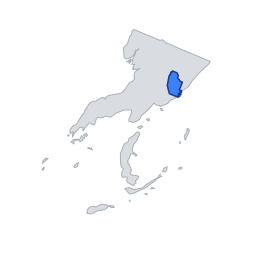 Angoram District, East Sepik, Papua New Guinea (highlighted), rotated 113°
{"feature_id": "67681753B97300353445922", "entity_name": "Angoram District", "entity_type": "district", "adm_level": 2, "iso_a3": "PNG", "parent_name": "Papua New Guinea", "parent_adm1": "East Sepik", "projection": "orthographic", "projection_center": [143.956, -4.467], "detail": "fine", "context": "in_parent", "style": "filled", "palette": "blue", "viewbox_px": 256, "rotation_deg": 113, "n_neighbors": 0, "source": "geoboundaries", "source_scale": "gbopen_adm2", "svg_char_len": 6029}
<svg xmlns="http://www.w3.org/2000/svg" viewBox="0 0 256 256"><g transform="rotate(113 128 128)"><path d="M35.0,160.9L34.8,132.9L33.4,130.8L34.8,125.8L34.6,78.4L37.2,78.6L50.3,84.3L59.1,87.3L66.7,88.7L73.8,93.5L79.0,93.7L86.7,100.4L89.8,100.9L95.3,106.4L95.6,110.9L95.0,113.8L103.3,116.5L111.2,120.4L115.5,120.8L117.9,122.2L120.9,125.5L121.4,129.9L119.7,130.6L112.2,130.6L110.1,132.0L113.1,138.9L119.7,145.3L124.8,148.2L126.2,153.9L128.7,155.7L130.3,160.2L132.9,160.7L138.0,160.0L138.8,161.9L138.0,164.8L138.7,165.9L148.0,168.4L144.9,169.9L146.2,172.5L152.3,174.8L156.0,175.6L158.3,175.4L155.6,176.7L153.3,176.3L152.8,176.7L153.8,177.8L155.7,178.9L153.6,180.4L151.6,180.6L147.9,179.6L144.7,176.8L134.5,175.5L131.0,174.2L128.2,174.6L120.0,173.0L117.3,171.0L115.6,168.0L110.7,164.4L109.6,162.6L110.1,160.2L108.7,160.6L105.9,158.8L98.5,147.7L94.7,146.1L85.2,144.2L83.8,142.0L79.3,141.2L78.4,142.6L74.7,143.6L71.6,142.6L68.6,139.9L72.2,146.0L70.9,146.0L71.5,146.9L70.8,147.1L66.9,146.7L68.1,149.2L61.6,150.7L56.7,150.2L54.4,150.8L53.4,150.7L52.2,148.8L50.4,149.2L51.9,149.2L53.8,151.4L57.8,151.1L61.8,152.7L65.1,156.4L65.0,158.9L56.0,163.5L50.7,161.5L43.1,162.1L40.4,161.3L37.0,162.2L35.0,160.9ZM171.6,99.2L173.5,100.5L175.4,99.2L179.0,100.9L178.2,107.0L177.0,108.7L174.0,109.2L173.6,110.1L175.5,113.7L174.7,115.0L172.0,116.3L167.6,116.1L166.4,118.6L164.0,120.8L154.5,125.0L144.1,125.3L140.8,122.6L137.2,123.0L132.5,119.8L128.5,118.5L127.7,117.3L127.8,115.7L128.9,114.8L136.0,115.0L140.5,116.3L146.5,115.6L148.2,114.6L148.8,110.7L149.8,109.1L150.8,109.9L149.6,112.9L150.9,115.6L155.2,114.9L157.8,115.5L159.9,114.7L163.0,110.5L165.4,108.6L169.7,107.7L169.6,104.5L168.2,100.2L168.8,99.0L171.6,99.2ZM222.6,131.3L222.1,132.7L221.8,132.2L219.6,133.5L217.2,133.0L215.0,131.6L213.4,129.1L213.4,126.3L211.0,125.0L208.0,121.5L207.4,119.1L207.7,115.3L212.2,117.6L216.7,124.3L221.0,127.4L222.6,131.3ZM188.1,101.1L185.0,107.2L183.1,104.7L182.4,102.9L182.3,98.3L177.5,91.2L172.5,88.9L162.3,81.5L158.3,80.3L159.3,80.0L159.3,78.2L164.3,82.1L167.4,83.0L171.6,86.0L174.4,87.0L186.6,98.0L188.1,101.1ZM106.6,70.3L116.4,70.6L116.5,71.4L115.2,71.5L113.6,73.0L107.8,72.5L105.2,73.3L105.1,72.2L106.0,71.9L105.9,70.8L106.6,70.3ZM154.5,164.1L156.3,165.2L157.8,165.1L158.9,166.3L159.0,168.2L158.4,168.7L158.0,168.1L153.3,167.6L154.2,166.5L153.4,164.3L154.5,164.1ZM154.4,79.3L151.0,79.3L148.4,76.9L151.8,75.8L154.3,76.9L154.4,79.3ZM161.2,172.7L163.4,171.5L163.9,171.9L163.0,174.9L159.7,173.6L157.5,168.7L161.2,172.7ZM179.3,160.1L183.0,159.6L184.7,160.9L185.2,161.4L184.8,162.7L181.8,162.1L179.3,160.1ZM187.0,189.5L193.7,192.8L191.2,193.4L189.1,192.4L188.8,191.6L188.0,191.9L188.4,191.3L187.0,189.5ZM123.7,119.3L120.7,116.7L120.9,115.0L124.1,116.5L123.7,119.3ZM152.2,166.0L151.3,166.0L149.3,164.3L150.6,162.3L152.0,163.1L152.2,166.0ZM206.7,115.1L205.5,111.0L206.6,109.8L207.8,112.4L206.7,115.1ZM113.1,114.2L110.9,112.6L112.5,111.2L113.4,111.9L113.1,114.2ZM146.0,65.2L144.8,65.5L143.2,64.1L143.7,62.6L145.5,63.6L146.0,65.2ZM98.9,104.1L97.6,105.6L96.8,104.5L98.2,102.8L98.9,104.1ZM162.1,152.4L162.1,157.3L161.1,156.4L161.6,154.3L160.7,153.8L162.1,152.4ZM65.9,153.3L68.0,155.3L63.0,152.1L65.9,153.3ZM67.7,152.8L65.0,152.0L64.4,151.4L67.7,151.7L67.7,152.8ZM200.2,190.1L200.0,190.8L198.2,190.9L197.1,189.9L198.2,190.1L198.0,189.4L200.2,190.1ZM182.0,84.4L182.1,86.7L180.8,85.1L182.0,84.4ZM175.3,83.2L174.8,83.7L173.5,82.2L173.7,81.8L175.3,83.2ZM158.8,179.6L158.6,180.6L157.4,180.0L157.6,179.4L158.8,179.6ZM174.2,81.4L173.2,81.6L173.4,80.1L174.2,81.4ZM121.6,73.8L121.7,74.9L120.3,74.7L121.6,73.8ZM194.7,97.3L194.6,98.3L193.8,98.0L194.7,97.3Z" fill="#d9dde1" stroke="#a8b0b8" stroke-width="1"/><path d="M58.1,109.1L58.4,109.1L58.6,109.3L58.7,109.2L58.8,109.3L58.8,109.2L58.9,109.3L59.0,109.4L59.0,109.5L59.4,109.6L59.5,109.7L59.6,109.8L59.8,109.9L60.0,110.1L60.3,110.2L60.3,110.3L60.6,110.3L60.7,110.2L60.8,110.0L61.0,110.0L61.3,110.0L61.5,110.0L61.6,109.9L61.7,110.0L61.8,110.1L62.0,110.1L62.2,110.3L62.3,110.3L62.5,110.3L62.6,110.2L62.8,110.2L63.0,110.1L63.3,110.1L63.5,110.2L63.5,110.3L63.8,110.3L63.9,110.5L64.0,110.5L72.6,108.7L73.5,108.5L80.2,103.4L80.2,95.9L79.9,95.6L79.8,95.3L79.8,95.1L79.9,94.9L79.9,94.7L80.1,94.5L80.1,94.4L79.9,94.2L79.7,94.2L79.8,93.7L79.7,93.6L79.4,93.5L78.9,93.5L78.7,93.4L78.2,93.3L77.7,93.2L77.4,93.2L77.0,93.2L77.0,93.3L77.0,93.2L76.9,93.2L76.7,93.2L76.4,93.2L76.4,93.3L76.6,93.4L76.8,93.4L76.8,93.2L76.9,93.3L76.9,93.5L77.0,93.6L77.3,93.5L77.4,93.4L77.4,93.5L77.5,93.5L77.5,93.4L77.7,93.5L77.6,93.4L77.5,93.5L77.9,93.7L78.0,93.7L78.3,93.5L78.4,93.4L78.4,93.5L78.2,93.7L78.1,93.8L77.8,93.7L77.7,93.8L77.6,94.0L77.8,94.4L77.8,94.5L77.7,94.5L77.4,94.5L77.2,94.4L77.3,94.5L77.5,94.5L77.8,94.4L77.6,94.0L77.5,93.9L77.5,93.7L77.4,93.7L77.4,93.8L77.3,93.7L77.2,93.8L76.9,93.8L77.0,93.7L76.9,93.6L76.7,93.5L76.5,93.4L76.4,93.4L76.4,93.5L76.5,93.5L76.4,93.7L76.4,93.8L76.3,93.7L76.2,93.6L76.1,93.8L76.0,94.0L76.3,94.1L76.3,94.3L76.2,94.2L75.9,94.2L75.7,94.1L75.6,93.9L75.6,93.7L75.4,93.7L75.4,93.8L75.2,93.9L75.2,94.0L75.3,94.0L75.2,94.0L75.1,93.9L74.9,93.9L74.7,93.8L74.7,93.7L74.4,93.5L74.2,93.7L74.2,93.8L74.0,93.6L74.3,93.6L74.4,93.4L74.5,93.5L74.6,93.4L74.7,93.5L74.8,93.4L75.0,93.2L74.9,93.2L74.7,93.2L74.5,93.3L74.3,93.3L74.0,93.3L73.6,93.3L73.2,93.3L73.1,93.5L73.2,93.4L73.2,93.5L73.2,93.4L73.3,93.4L73.3,93.5L73.2,93.5L73.0,93.4L72.9,93.4L73.0,93.4L72.6,93.3L72.6,93.2L72.6,93.5L72.8,93.9L72.8,95.7L66.8,95.7L66.6,95.9L64.6,95.9L64.6,98.1L62.3,102.1L60.2,102.1L58.1,104.3L58.1,109.1ZM76.0,93.2L75.6,93.2L75.4,93.1L75.3,93.3L75.4,93.5L75.5,93.5L75.8,93.6L75.9,93.4L75.9,93.2L76.1,93.2L76.2,93.3L76.3,93.2L76.3,93.3L76.4,93.2L76.0,93.2ZM76.4,93.4L76.2,93.3L76.0,93.5L76.0,93.4L75.9,93.5L76.0,93.7L76.1,93.4L76.2,93.5L76.2,93.4L76.4,93.4L76.4,93.4ZM75.1,93.3L75.0,93.5L75.1,93.4L75.1,93.3ZM75.8,93.6L75.7,93.6L75.7,93.8L76.0,93.9L75.9,93.9L76.0,93.8L76.0,93.7L75.9,93.7L75.8,93.6ZM75.2,93.6L75.3,93.4L75.2,93.3L75.2,93.5L75.2,93.6ZM77.5,93.7L77.4,93.6L77.5,93.7L77.5,93.7Z" fill="#3b82f6" stroke="#1e3a8a" stroke-width="1.5"/></g></svg>